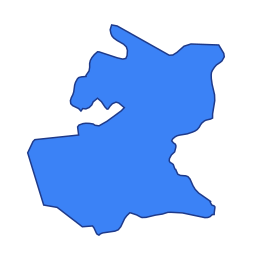 map outline of Cotabato (Albers equal-area conic projection), rotated 85°
{"feature_id": "PHL-2579", "entity_name": "Cotabato", "entity_type": "Province", "adm_level": 1, "iso_a3": "PHL", "parent_name": "Philippines", "parent_adm1": "", "projection": "albers", "projection_center": [124.847, 7.21], "detail": "fine", "context": "isolated", "style": "filled", "palette": "blue", "viewbox_px": 256, "rotation_deg": 85, "n_neighbors": 0, "source": "natural_earth", "source_scale": "10m", "svg_char_len": 2168}
<svg xmlns="http://www.w3.org/2000/svg" viewBox="0 0 256 256"><g transform="rotate(85 128 128)"><path d="M65.5,25.9L69.4,28.6L70.6,30.3L72.9,34.4L75.0,36.6L77.8,38.8L79.9,40.0L82.4,40.5L86.0,40.7L91.8,40.4L102.4,38.9L108.3,39.2L121.3,42.5L125.5,42.9L126.3,45.0L126.9,49.2L127.5,51.1L129.5,54.0L131.3,55.6L133.3,56.9L135.5,59.1L136.8,61.4L137.7,64.1L139.0,69.5L139.6,77.5L140.0,79.7L140.9,81.8L142.6,84.3L144.6,85.6L146.8,84.0L148.3,82.2L150.0,81.8L151.6,82.1L155.8,83.6L158.6,87.1L162.1,89.4L164.4,89.8L166.0,89.0L167.0,87.5L168.3,86.1L172.9,84.9L173.4,84.1L175.9,83.3L178.4,82.4L179.8,80.0L180.7,74.6L181.7,72.5L184.2,70.7L191.2,68.3L194.9,66.5L199.0,63.3L208.2,52.3L208.4,52.7L210.2,52.1L211.9,51.3L212.4,50.6L212.7,49.8L213.2,48.9L214.2,48.3L215.5,48.5L220.0,49.5L221.7,49.7L221.7,49.8L221.6,51.5L223.5,54.1L224.1,56.3L224.0,59.2L217.3,81.3L215.7,92.6L215.5,95.7L216.7,101.2L217.2,108.5L218.6,117.8L218.4,121.9L217.7,123.3L215.3,127.0L213.0,132.3L212.6,133.6L215.2,136.8L218.0,139.3L225.7,143.8L228.5,146.5L229.6,150.0L230.3,162.3L231.1,164.9L232.0,165.8L232.1,166.5L230.9,168.2L229.6,168.8L224.5,170.6L223.3,171.4L222.5,171.9L222.4,182.1L200.9,205.5L197.4,218.7L144.0,230.1L133.2,223.8L131.5,221.8L130.7,177.8L122.5,178.1L120.8,176.6L119.7,172.5L119.6,169.5L120.1,165.7L121.0,162.3L122.4,160.7L123.3,156.7L119.5,148.4L111.5,135.2L111.2,134.7L110.5,133.5L107.4,129.9L102.2,135.1L101.2,137.7L102.4,141.4L104.7,144.0L107.3,146.1L107.4,147.2L105.3,148.9L105.2,149.0L99.4,152.2L99.3,152.3L95.7,155.8L98.9,160.4L101.9,162.1L104.2,164.9L105.3,168.3L104.7,171.5L105.9,172.4L107.0,173.4L104.3,175.5L100.9,181.2L98.8,182.9L98.7,182.9L95.7,183.0L92.8,181.8L90.1,180.1L87.3,178.9L80.6,177.4L77.9,176.3L74.5,174.0L73.5,172.7L73.2,171.3L73.0,169.8L73.0,165.3L72.0,165.3L67.7,161.8L64.2,160.9L60.4,160.6L57.4,159.6L54.7,157.8L51.9,155.1L49.4,151.7L49.7,150.0L57.2,132.5L58.9,127.2L58.5,124.1L55.8,122.6L50.6,121.8L47.0,122.6L44.1,125.1L39.8,131.3L37.1,134.4L35.4,135.6L34.8,136.0L32.2,136.8L28.6,137.2L26.8,136.5L23.9,135.3L25.4,129.9L59.1,80.6L59.2,77.0L57.0,72.7L51.4,65.1L49.8,58.0L53.2,30.4L62.0,26.1L65.5,25.9Z" fill="#3b82f6" stroke="#1e3a8a" stroke-width="1.5"/></g></svg>